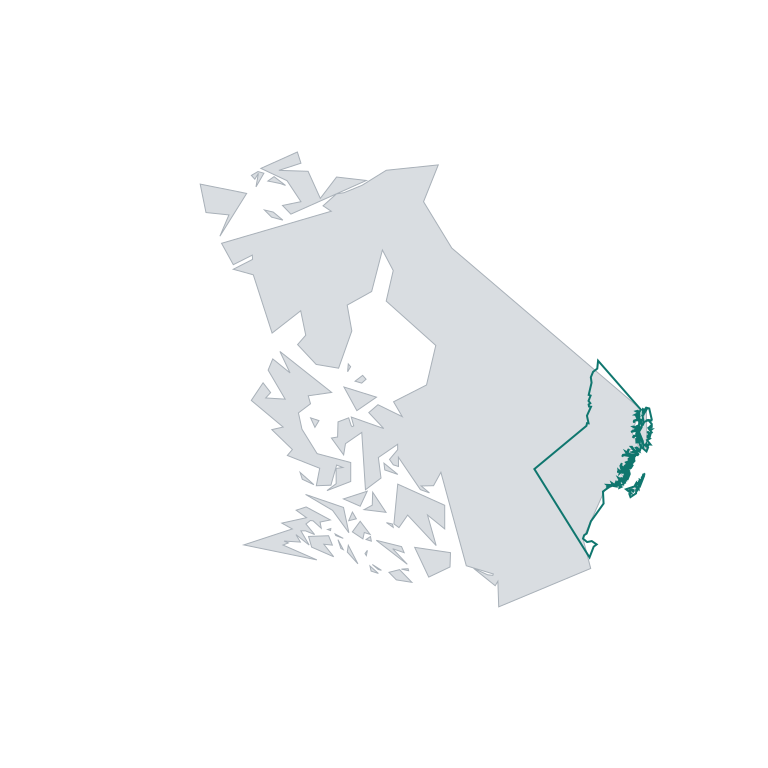 Canada, with British Columbia highlighted, rotated 236°
{"feature_id": "CAN-633", "entity_name": "British Columbia", "entity_type": "Province", "adm_level": 1, "iso_a3": "CAN", "parent_name": "Canada", "parent_adm1": "", "projection": "albers", "projection_center": [-126.982, 54.153], "detail": "fine", "context": "in_parent", "style": "outline", "palette": "teal", "viewbox_px": 768, "rotation_deg": 236, "n_neighbors": 0, "source": "natural_earth", "source_scale": "10m", "svg_char_len": 9925}
<svg xmlns="http://www.w3.org/2000/svg" viewBox="0 0 768 768"><g transform="rotate(236 384 384)"><path d="M172.6,507.6L144.5,462.5L115.5,452.2L135.1,354.5L156.8,368.1L154.6,363.4L181.1,355.2L167.9,363.2L164.5,367.2L165.4,368.4L187.3,350.6L279.0,381.8L272.0,368.2L278.7,357.8L268.3,360.8L276.1,355.1L315.3,355.0L307.5,349.9L311.8,346.5L318.4,346.4L321.9,358.6L326.4,361.6L326.2,338.2L307.7,328.9L306.7,309.5L356.3,338.5L356.1,318.7L347.8,310.9L368.6,310.2L366.0,315.9L378.3,324.7L375.7,335.8L367.9,333.5L366.5,333.7L366.2,335.5L374.9,338.4L347.2,358.9L368.8,355.4L370.2,367.4L346.7,380.9L363.9,382.0L359.4,418.7L387.0,448.5L451.5,432.2L472.9,455.1L496.0,457.6L467.6,425.5L470.0,397.6L446.0,387.0L422.5,355.2L438.2,338.7L465.0,334.4L468.2,346.4L491.3,355.9L488.8,319.7L547.6,336.7L563.4,323.2L560.8,344.7L564.5,346.9L567.2,325.8L591.5,328.0L556.7,436.9L565.8,433.1L568.2,450.9L565.0,457.7L561.0,476.9L559.9,505.4L535.3,551.5L513.0,518.7L458.8,516.2L219.2,582.8L205.8,562.6L186.2,559.8L193.0,549.9L183.6,552.8L181.2,530.1L169.6,531.1L172.6,507.6ZM337.8,303.2L343.3,299.4L329.8,283.4L337.5,271.0L350.1,283.6L378.8,263.9L380.9,271.4L408.9,265.5L404.7,276.3L444.6,264.8L452.6,284.4L440.3,285.2L438.6,278.1L426.7,293.6L460.3,295.7L467.0,305.8L445.7,312.3L469.2,315.9L406.3,335.9L416.6,314.6L408.7,312.0L407.9,296.9L392.4,290.7L363.7,289.6L337.5,312.5L321.8,301.9L327.5,277.1L328.1,288.6L340.8,297.1L337.8,303.2ZM275.7,230.0L329.0,177.8L315.1,226.9L325.8,221.5L316.5,245.0L328.5,240.6L325.6,250.7L301.3,263.5L305.3,253.8L299.5,251.3L310.2,248.7L312.0,246.6L311.6,241.0L298.0,242.3L306.2,236.8L308.7,233.0L292.3,231.9L308.4,226.8L299.7,226.3L309.7,213.3L305.7,215.9L307.0,210.2L275.7,230.0ZM220.9,336.9L262.1,330.3L256.6,316.1L262.5,314.0L293.3,339.4L249.5,366.5L229.9,353.3L251.1,346.8L220.9,336.9ZM602.8,440.0L573.5,435.0L582.1,460.4L562.6,483.2L576.9,401.8L588.8,399.7L581.6,417.1L606.8,417.3L631.6,402.5L624.8,441.9L613.5,438.6L619.9,416.3L602.8,440.0ZM198.9,313.1L231.4,318.1L207.0,344.8L195.4,336.4L198.9,313.1ZM268.9,245.7L289.2,232.8L299.8,236.2L289.2,253.2L279.3,251.1L284.8,244.5L268.9,245.7ZM280.3,271.7L308.0,270.7L336.3,257.2L304.3,281.4L280.3,271.7ZM221.5,302.5L258.7,290.2L239.4,307.6L232.9,306.4L242.6,299.1L221.5,302.5ZM598.3,330.6L610.9,350.0L625.7,332.3L652.5,343.4L618.8,376.7L598.3,330.6ZM276.5,313.9L291.0,297.2L290.1,306.5L300.6,314.1L276.5,313.9ZM377.3,370.4L377.1,346.6L403.9,349.1L377.3,370.4ZM296.0,295.9L311.4,286.1L304.5,310.1L296.0,295.9ZM225.1,282.8L221.4,293.1L204.0,296.2L214.7,284.7L225.1,282.8ZM279.1,275.1L283.5,287.5L267.1,288.4L271.9,284.6L267.4,279.9L279.1,275.1ZM249.5,261.8L265.2,259.6L270.2,264.2L249.5,261.8ZM181.7,564.7L201.7,568.8L218.0,588.5L181.7,564.7ZM339.7,269.6L350.7,263.0L357.6,265.0L339.7,269.6ZM301.3,344.9L312.3,336.6L318.4,339.7L301.3,344.9ZM290.4,278.3L295.5,286.2L287.7,285.7L290.4,278.3ZM271.8,256.3L280.7,258.8L269.5,257.6L271.8,256.3ZM386.7,302.5L397.0,304.2L390.0,309.6L386.7,302.5ZM233.4,275.5L240.9,273.4L231.0,277.7L233.4,275.5ZM267.7,308.5L263.2,312.7L260.0,311.5L267.7,308.5ZM619.0,388.1L628.9,397.7L626.0,391.4L631.1,390.7L630.6,398.3L625.9,402.3L619.0,388.1ZM236.1,268.7L241.0,270.6L230.1,273.4L236.1,268.7ZM595.1,382.2L588.5,388.3L576.4,391.8L585.2,384.1L595.1,382.2ZM402.5,361.6L403.1,371.1L398.0,371.8L397.2,366.0L402.5,361.6ZM153.7,534.7L161.3,526.1L158.4,535.5L153.7,534.7ZM278.8,263.9L285.3,259.3L287.0,259.6L278.8,263.9ZM265.1,282.2L265.1,287.5L260.8,285.6L265.1,282.2ZM603.7,413.4L608.2,410.1L617.2,401.2L617.4,408.8L603.7,413.4ZM414.5,360.7L420.6,365.6L417.0,366.0L414.5,360.7ZM220.8,294.9L217.4,300.7L215.4,300.0L220.8,294.9ZM294.9,255.9L293.9,259.1L292.4,257.7L294.9,255.9ZM254.0,273.4L255.4,277.2L251.6,273.4L254.0,273.4ZM154.8,536.6L158.4,539.7L162.8,548.0L154.8,536.6Z" fill="#d9dde1" stroke="#a8b0b8" stroke-width="1"/><path d="M283.6,574.5L219.1,582.6L217.8,579.6L219.9,579.4L220.5,577.6L217.6,579.0L218.1,574.9L215.9,577.2L215.7,578.5L211.9,576.0L212.7,574.7L214.0,577.3L215.6,575.0L212.8,574.5L213.8,570.9L213.3,570.2L212.1,569.6L213.4,570.8L212.7,573.8L210.3,574.8L206.3,571.6L207.3,572.3L207.8,569.5L207.0,568.5L209.1,567.2L209.4,566.5L204.5,568.7L205.8,565.8L206.1,562.0L203.8,567.7L202.5,566.3L201.0,567.2L201.8,564.4L200.3,567.5L199.5,566.5L198.0,567.2L196.1,566.7L200.6,564.0L201.3,562.0L200.4,560.2L200.4,563.8L198.5,564.9L196.5,565.0L197.8,563.7L196.7,562.9L194.2,563.2L196.8,562.1L194.4,560.6L193.3,562.8L189.9,562.1L190.9,563.4L188.1,562.1L185.7,558.9L189.6,558.3L190.1,557.9L190.3,557.1L185.8,557.4L187.3,556.3L187.9,554.6L193.3,554.4L193.8,553.6L188.2,554.1L188.7,551.9L186.7,553.8L187.9,554.2L186.2,556.4L185.1,552.0L190.1,547.0L193.3,550.7L191.5,547.2L192.9,546.5L189.8,546.3L191.6,542.5L190.6,540.8L191.2,542.7L187.0,547.2L185.3,548.1L185.2,544.8L184.3,546.7L185.3,544.1L182.4,547.4L181.8,547.2L182.9,545.4L183.6,540.9L184.3,540.4L181.6,541.4L181.4,537.9L179.0,536.4L178.3,533.3L181.4,535.7L183.8,534.6L185.4,537.0L183.9,534.2L179.4,532.7L179.7,530.7L181.6,530.3L180.2,529.6L180.9,528.2L178.6,530.9L178.8,530.2L178.2,529.5L178.4,530.9L176.7,532.4L176.2,535.1L171.2,528.8L171.6,526.5L173.7,528.8L172.4,526.2L174.3,526.3L175.3,525.8L173.1,525.6L171.1,526.4L170.5,523.7L169.0,524.0L169.4,521.2L171.7,524.5L172.3,524.7L172.2,522.6L169.8,520.8L170.7,520.4L172.1,521.4L172.9,521.5L171.2,518.9L174.6,517.5L172.3,517.0L175.8,512.3L174.3,512.7L173.7,510.5L173.8,513.4L171.6,517.2L172.8,514.1L172.4,505.4L162.1,499.2L154.5,478.8L146.7,468.4L146.7,465.3L144.5,462.5L139.4,464.0L137.6,468.4L132.1,470.6L131.9,466.9L125.3,457.4L229.4,461.1L236.1,528.4L238.0,530.4L237.0,531.6L244.2,534.5L249.4,542.9L250.7,541.4L252.6,542.2L252.7,544.3L255.6,544.1L258.9,548.8L260.5,547.6L269.0,556.8L273.9,559.2L277.2,564.2L277.5,569.4L283.6,574.5ZM217.8,588.1L215.4,590.2L204.8,586.1L204.2,585.3L206.5,582.9L207.0,581.4L206.7,580.4L206.1,583.0L201.1,583.6L199.2,582.3L201.0,581.0L200.0,581.6L199.8,579.2L198.0,580.3L198.6,579.8L198.8,578.5L194.1,578.8L194.3,576.8L197.4,575.8L194.1,575.6L193.5,573.5L192.2,572.7L190.1,573.8L190.4,570.7L184.8,571.1L185.9,569.7L184.6,567.3L188.0,568.3L187.2,566.7L188.2,565.8L183.7,567.4L181.3,563.9L185.0,562.9L192.0,566.6L201.7,568.6L203.9,573.1L206.0,575.2L205.4,575.8L206.7,577.9L212.8,580.3L216.2,587.7L217.0,586.0L217.8,588.1ZM154.7,535.9L154.0,533.9L156.0,534.6L152.4,531.8L152.4,525.1L155.5,525.9L154.8,527.8L158.1,527.3L157.4,529.8L154.6,530.5L156.5,530.9L155.6,531.9L157.8,530.7L158.5,528.6L157.9,526.9L161.4,525.8L158.8,535.3L154.7,535.9ZM163.6,547.8L162.4,548.2L156.0,538.9L157.6,538.3L154.7,536.5L159.8,535.7L161.0,538.1L158.3,537.7L160.8,539.4L158.8,539.1L158.3,539.8L160.4,540.7L159.1,541.6L161.7,545.7L162.9,544.8L162.0,545.9L163.6,547.8ZM179.2,542.7L177.1,541.1L177.8,540.9L177.5,540.6L179.0,539.0L178.8,538.6L176.7,539.9L177.5,536.1L181.0,539.3L180.5,543.7L179.5,543.8L180.2,540.4L180.2,539.8L179.2,542.7ZM170.2,529.3L172.8,531.2L175.9,536.4L174.2,536.8L170.2,529.3ZM173.2,536.7L171.9,537.3L168.4,532.1L171.8,534.2L173.2,536.7ZM186.1,547.8L189.5,547.1L185.0,550.8L186.1,547.8ZM192.7,573.7L193.3,576.8L191.2,574.4L192.7,573.7ZM169.0,528.3L167.5,528.4L167.2,529.6L167.5,528.1L169.2,527.0L170.4,528.7L168.7,529.8L169.0,528.3ZM184.2,553.0L183.3,550.1L184.7,549.9L184.2,553.0ZM177.2,542.2L177.9,545.4L176.1,541.3L177.2,542.2ZM184.3,553.5L183.9,556.4L183.2,554.5L184.3,553.5ZM182.4,542.9L181.3,546.2L181.9,541.7L182.4,542.9ZM177.0,535.1L177.1,532.5L179.3,531.7L178.9,533.1L178.3,533.0L177.5,533.8L177.0,535.1ZM193.7,565.0L196.0,563.3L196.7,564.2L196.0,565.2L193.7,565.0ZM207.6,574.9L209.8,575.3L211.5,577.4L209.2,576.3L207.6,574.9ZM169.5,532.2L170.1,530.4L171.1,532.9L169.5,532.2ZM180.7,543.7L181.1,545.6L179.8,544.7L179.7,545.0L179.0,544.7L180.7,543.7ZM177.1,538.2L176.3,535.7L176.8,535.8L177.1,538.2ZM203.5,568.7L203.0,567.5L204.7,570.0L204.1,570.9L204.1,569.7L203.5,568.7ZM170.6,519.0L169.4,519.0L171.3,517.0L170.6,519.0ZM178.1,533.4L178.5,535.9L177.1,535.4L178.1,533.4ZM203.7,571.8L202.8,570.7L202.7,569.3L203.9,569.8L203.7,571.8ZM166.3,521.1L167.2,522.0L166.0,522.9L166.3,521.1ZM179.4,545.5L180.3,546.8L179.9,547.5L179.4,545.5ZM182.9,548.1L182.1,549.6L180.9,548.7L181.4,547.8L182.9,548.1ZM175.0,537.3L175.4,539.3L174.4,537.5L175.0,537.3ZM217.3,585.1L216.1,585.6L215.5,583.3L216.3,584.4L217.3,585.1ZM160.0,541.6L160.3,541.6L160.2,541.8L161.6,542.5L160.6,543.0L160.0,541.6ZM183.9,548.5L184.5,547.2L185.0,548.3L183.9,548.5ZM197.3,578.9L196.6,580.3L196.5,579.1L197.3,578.9ZM206.3,570.9L205.6,568.9L206.8,570.3L206.3,570.9ZM183.3,549.7L182.4,549.1L183.4,548.3L183.3,549.7ZM163.4,548.5L163.8,549.1L164.0,550.3L163.4,548.5ZM205.1,572.0L205.1,569.7L205.9,571.4L205.1,572.0ZM195.5,566.0L196.4,566.1L193.7,566.5L195.5,566.0ZM182.6,543.9L182.4,541.9L183.4,541.4L182.6,543.9ZM183.9,548.9L184.6,549.6L183.6,548.8L183.9,548.9ZM194.1,563.6L191.7,563.3L193.6,563.1L194.1,563.6ZM201.7,567.6L202.3,568.3L201.2,568.2L201.5,567.9L201.7,567.6ZM207.0,568.9L206.9,568.8L207.5,569.7L207.0,568.9ZM169.3,520.3L169.2,519.2L169.5,519.7L169.3,520.3ZM217.0,584.0L214.7,581.6L217.6,584.0L217.0,584.0ZM181.1,543.3L180.9,542.0L181.2,540.9L181.1,543.3ZM201.2,567.4L200.6,568.1L199.5,568.0L201.2,567.4ZM198.8,581.3L199.7,580.8L199.7,581.7L198.8,581.3ZM190.3,565.1L192.2,565.6L190.0,565.4L190.3,565.1ZM199.4,567.1L199.3,567.9L198.3,567.6L199.4,567.1ZM211.7,574.8L210.8,575.2L212.1,574.3L211.7,574.8ZM217.1,577.8L216.5,576.9L217.2,577.3L217.1,577.8ZM167.2,525.6L167.5,526.7L166.8,526.1L167.2,525.6ZM209.8,577.3L211.2,578.0L209.7,577.4L209.8,577.3ZM185.3,562.8L186.3,562.5L186.6,563.2L185.3,562.8ZM168.9,530.7L168.1,529.8L169.1,530.5L168.9,530.7ZM170.1,520.1L170.7,520.2L169.8,520.5L170.1,520.1ZM173.5,537.7L174.1,538.5L173.1,537.8L173.5,537.7ZM166.6,523.2L167.1,522.6L167.4,523.4L166.6,523.2ZM213.7,580.6L214.1,581.3L213.4,580.7L213.7,580.6ZM194.7,565.5L195.5,565.6L194.1,565.8L194.7,565.5ZM206.4,576.6L207.5,577.8L206.5,577.2L206.4,576.6ZM217.0,578.1L216.9,579.0L216.5,578.9L217.0,578.1Z" fill="none" stroke="#0f766e" stroke-width="2"/></g></svg>